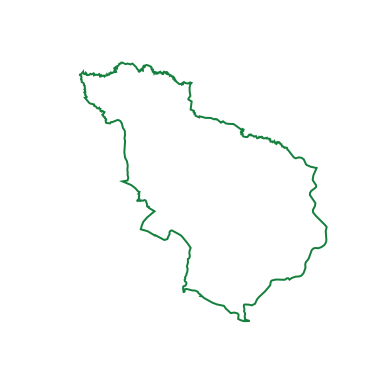 Khuan Don, Satun, Thailand, rotated 18°
{"feature_id": "78962969B23587469316424", "entity_name": "Khuan Don", "entity_type": "district", "adm_level": 2, "iso_a3": "THA", "parent_name": "Thailand", "parent_adm1": "Satun", "projection": "albers", "projection_center": [100.075, 6.762], "detail": "fine", "context": "isolated", "style": "outline", "palette": "green", "viewbox_px": 384, "rotation_deg": 18, "n_neighbors": 0, "source": "geoboundaries", "source_scale": "gbopen_adm2", "svg_char_len": 5940}
<svg xmlns="http://www.w3.org/2000/svg" viewBox="0 0 384 384"><g transform="rotate(18 192 192)"><path d="M303.1,130.7L296.8,131.3L292.8,130.9L291.8,130.4L288.2,126.4L285.5,125.6L282.8,126.1L280.3,127.9L278.1,127.6L270.3,122.3L269.6,122.2L268.8,120.7L267.4,120.7L266.6,121.4L266.1,121.0L265.6,121.2L264.4,120.5L263.6,120.8L263.2,120.1L262.5,119.7L262.4,119.0L260.9,118.9L260.3,118.0L259.2,117.7L258.1,118.0L258.0,118.4L258.5,118.7L257.4,119.3L257.4,120.2L256.3,120.0L256.2,119.2L255.8,119.5L254.9,119.2L254.6,118.5L254.4,119.0L253.4,118.9L253.1,119.7L252.4,119.4L251.1,119.8L250.7,119.0L249.9,118.7L250.1,117.6L249.3,117.4L246.4,118.0L246.3,117.4L243.9,118.8L242.2,118.8L241.9,118.0L241.4,117.9L241.2,118.5L240.4,118.4L239.6,119.1L238.8,118.8L238.5,120.0L237.2,120.7L235.6,119.1L233.9,120.2L233.0,119.7L231.9,119.8L230.2,119.1L229.7,120.1L228.7,119.8L227.7,122.6L225.0,123.3L223.4,123.2L222.4,122.4L222.4,121.4L221.8,121.4L221.6,120.8L221.1,121.2L221.1,120.4L220.5,120.6L219.9,120.0L220.2,118.8L221.4,118.6L221.8,118.2L221.8,116.7L220.5,116.5L220.5,117.5L220.2,117.6L210.5,114.5L205.4,116.0L202.8,116.3L199.7,115.2L198.8,116.5L198.2,116.4L197.9,117.0L193.1,115.1L192.7,115.5L191.7,115.3L190.9,116.0L186.8,115.8L182.0,117.3L175.8,117.7L175.8,118.8L171.8,118.4L171.2,117.4L170.3,117.1L170.4,116.1L169.7,116.1L169.3,115.3L168.7,115.3L168.6,114.2L165.2,114.0L163.7,106.0L160.4,105.3L159.8,104.8L159.7,104.2L160.8,101.2L158.7,97.1L157.4,93.3L157.1,90.3L157.8,88.4L156.3,88.4L154.7,90.1L152.2,90.4L150.4,89.9L149.4,91.1L150.2,91.8L150.2,92.2L149.5,92.4L149.1,93.1L148.4,92.5L146.6,93.3L143.0,91.9L141.5,90.6L141.6,91.4L141.0,91.3L140.1,89.7L139.2,90.1L138.8,89.3L139.4,88.7L138.5,88.1L137.9,88.0L137.0,88.4L135.8,87.6L135.4,88.0L135.4,87.6L134.0,87.4L131.1,85.7L130.7,85.8L130.6,86.2L132.1,86.8L132.3,87.5L131.4,87.5L129.1,86.3L128.2,86.3L128.0,87.0L127.1,87.8L127.5,88.3L128.2,88.2L128.2,88.6L127.4,88.9L126.1,88.5L124.7,87.4L123.7,88.2L123.6,89.2L121.9,89.3L122.0,90.4L120.2,90.7L120.0,89.3L119.3,89.4L119.2,90.6L118.5,89.6L118.1,90.0L117.4,89.7L117.1,87.7L115.9,88.1L115.4,87.3L115.4,86.5L114.9,86.4L114.5,85.6L111.6,85.1L111.2,85.3L109.7,85.2L108.4,86.0L108.4,87.2L107.2,86.9L107.0,87.1L107.0,88.0L107.8,88.4L106.9,89.4L107.0,90.6L107.6,91.0L107.8,91.7L106.7,91.5L105.9,90.8L105.1,92.2L105.5,92.8L104.7,93.9L104.0,93.8L103.6,92.9L101.3,91.5L100.5,90.6L95.8,88.3L94.9,88.7L94.3,89.6L90.9,89.8L89.5,90.9L85.5,90.5L84.7,90.8L84.6,91.9L83.2,92.5L83.0,94.6L81.5,95.9L82.5,97.1L82.6,97.8L81.7,98.2L80.5,97.3L79.8,98.2L79.9,98.7L81.9,100.0L82.4,100.8L81.8,100.8L81.7,100.5L81.0,100.8L81.8,101.7L80.3,102.4L79.5,103.3L79.0,103.3L78.6,103.9L77.8,103.5L77.3,104.3L77.3,105.0L76.8,104.9L76.8,106.0L76.1,106.1L75.9,106.6L75.2,106.4L75.5,107.0L75.0,107.5L73.5,107.9L73.1,109.2L72.0,108.6L70.7,109.4L69.9,109.1L69.9,110.0L68.9,110.6L68.1,109.0L67.3,108.5L66.4,109.8L64.5,110.1L62.7,111.3L62.3,109.7L61.9,109.5L60.1,111.1L58.8,111.0L58.4,112.0L56.7,113.1L55.7,113.2L55.0,111.9L53.9,111.4L53.8,112.9L53.2,113.1L51.5,112.5L51.2,111.5L50.2,114.1L49.1,115.0L49.2,115.4L51.0,116.0L51.6,117.7L51.4,118.6L51.8,119.3L52.5,119.6L52.4,119.9L53.2,121.5L55.2,121.9L56.0,122.9L56.1,123.7L57.3,124.2L57.4,125.2L58.2,126.5L58.0,127.7L59.0,128.1L59.0,129.1L59.6,129.8L58.8,130.3L58.8,130.6L59.9,131.3L60.0,131.9L60.7,132.4L60.7,133.1L62.5,134.1L62.4,134.8L61.1,135.5L66.7,139.0L68.0,139.3L71.9,139.0L72.2,140.2L74.3,140.5L75.8,141.6L76.8,141.5L77.5,140.8L77.7,141.4L79.2,141.2L79.3,142.0L80.1,143.3L80.9,143.0L81.4,143.4L82.0,142.6L84.1,143.1L83.9,144.2L82.9,146.3L83.9,146.6L84.7,147.8L86.0,147.8L86.5,148.9L87.9,149.3L88.2,149.9L87.8,150.8L88.7,152.6L89.6,152.7L92.8,152.1L93.4,150.5L94.6,150.2L98.3,147.0L99.7,146.3L102.0,146.7L104.2,148.6L106.4,152.3L108.7,154.1L109.4,155.1L110.7,158.6L111.2,161.9L112.6,164.2L115.3,174.9L117.7,180.0L120.6,182.8L122.7,186.7L123.7,191.0L125.0,193.6L125.3,195.5L127.1,198.2L127.1,201.0L122.6,203.4L132.2,204.2L137.1,206.0L140.4,208.0L142.0,208.2L141.8,209.1L142.2,209.7L141.8,210.3L142.3,210.4L142.2,210.9L143.0,211.8L142.8,212.7L143.3,213.4L143.3,214.7L144.1,215.0L143.8,215.8L142.7,216.6L142.6,217.1L142.9,217.4L144.3,216.5L145.7,216.6L146.2,215.7L148.1,215.4L149.5,214.3L150.1,214.3L150.9,214.7L152.8,217.3L153.8,219.6L154.4,219.8L154.8,219.4L155.6,219.4L156.1,220.5L162.3,221.9L157.1,230.2L154.9,235.4L154.6,239.7L154.8,243.3L161.9,243.0L170.2,244.9L170.4,244.4L180.4,246.2L183.1,244.4L183.2,241.7L183.7,239.1L183.1,237.5L183.1,236.4L184.1,235.0L185.1,234.8L194.1,236.5L196.1,237.3L203.8,242.3L208.0,245.6L207.9,248.8L208.3,250.9L209.8,253.7L209.8,255.8L208.8,257.0L210.0,260.5L210.2,264.7L211.5,266.1L212.2,269.5L212.0,271.5L212.3,272.2L211.8,275.4L212.4,276.5L212.1,277.8L212.8,279.1L214.5,279.7L215.0,281.0L214.8,283.0L213.1,284.2L212.9,284.9L213.7,287.4L215.0,289.7L215.4,289.5L215.7,288.8L215.1,287.2L215.6,286.5L216.8,285.9L222.8,285.5L225.4,284.8L228.4,285.1L229.4,286.2L232.4,287.3L232.1,288.4L234.4,288.1L235.5,288.9L236.7,289.2L245.9,291.0L250.7,291.2L257.5,290.4L260.2,292.4L266.2,295.2L269.5,293.6L272.8,293.4L273.9,294.0L274.4,294.8L275.0,298.3L277.6,298.9L281.2,298.8L286.8,296.8L283.0,296.9L281.4,296.4L281.3,295.2L280.6,294.4L280.3,291.8L279.9,290.9L278.4,289.4L278.1,287.3L276.6,284.7L276.4,283.1L277.1,282.6L281.2,281.5L284.0,281.3L286.5,278.7L287.0,274.1L288.2,271.1L292.1,264.1L295.2,256.6L294.7,253.4L294.9,252.0L295.4,251.4L298.9,249.3L307.4,246.8L309.1,244.6L310.3,244.3L311.8,245.2L313.4,243.0L316.5,240.6L320.0,239.2L321.9,237.7L323.1,234.8L323.3,232.5L323.3,228.8L322.2,226.3L321.9,224.5L322.1,223.2L323.4,220.0L323.6,218.4L323.8,210.3L325.0,208.1L326.9,207.0L329.4,206.5L331.9,204.6L334.3,201.5L334.8,199.6L334.9,197.5L334.6,196.0L331.3,188.0L330.9,183.7L328.4,182.1L317.3,176.5L313.5,174.0L312.5,171.7L313.3,167.3L312.8,164.4L305.1,158.5L304.5,156.5L305.0,154.2L308.2,149.6L308.4,148.4L308.0,147.3L303.5,143.7L302.9,142.8L302.3,138.5L303.1,130.7Z" fill="none" stroke="#15803d" stroke-width="2"/></g></svg>